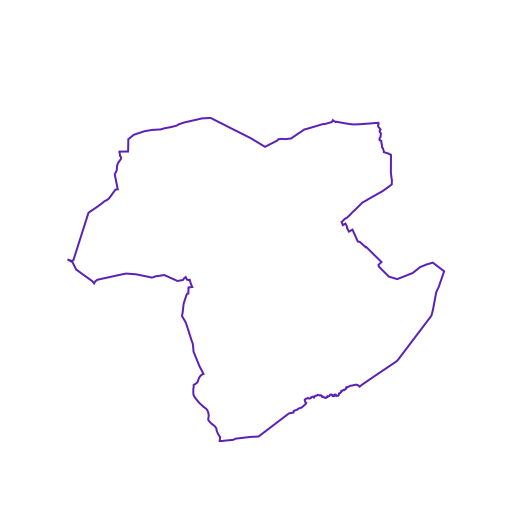 the district of Chavinda, Michoacán, Mexico, rotated 333°
{"feature_id": "50627088B886354204460", "entity_name": "Chavinda", "entity_type": "district", "adm_level": 2, "iso_a3": "MEX", "parent_name": "Mexico", "parent_adm1": "Michoacán", "projection": "mercator", "projection_center": [-102.439, 20.047], "detail": "fine", "context": "isolated", "style": "outline", "palette": "violet", "viewbox_px": 512, "rotation_deg": 333, "n_neighbors": 0, "source": "geoboundaries", "source_scale": "gbopen_adm2", "svg_char_len": 5179}
<svg xmlns="http://www.w3.org/2000/svg" viewBox="0 0 512 512"><g transform="rotate(333 256 256)"><path d="M425.5,192.9L422.5,191.6L419.0,190.2L407.6,185.4L403.1,183.3L400.0,181.4L395.4,178.1L394.0,177.0L391.9,175.4L388.2,172.6L387.8,172.8L386.7,171.2L386.2,169.9L384.2,171.1L383.9,171.0L379.0,170.0L376.7,169.5L376.0,168.9L375.9,168.9L367.4,167.4L362.2,166.4L357.2,165.4L356.7,165.3L356.6,165.2L355.0,165.4L353.8,165.6L351.6,165.8L348.2,166.2L347.4,166.3L345.5,166.6L340.5,167.2L335.0,165.1L332.1,163.3L328.9,162.1L327.4,162.8L313.6,162.8L304.7,148.5L290.9,129.7L278.2,112.3L276.9,111.8L270.4,108.9L264.0,107.3L252.5,104.4L250.5,104.1L247.1,103.6L244.5,103.8L239.0,102.6L232.6,100.7L230.0,100.2L228.1,99.8L221.0,96.6L213.3,94.2L202.2,92.5L195.2,94.0L195.0,94.5L190.2,103.5L189.4,104.8L181.7,101.0L181.5,101.5L181.3,102.2L180.8,103.7L180.5,104.7L180.3,105.0L180.4,105.4L180.6,107.0L179.7,108.2L178.0,109.1L177.8,109.2L177.6,109.3L175.9,110.2L175.4,110.6L174.6,111.2L173.1,112.6L171.8,114.8L170.9,116.3L169.3,117.6L167.2,119.1L163.1,133.8L161.9,133.4L160.8,133.1L157.2,134.9L151.4,137.9L150.4,138.1L148.5,138.5L145.8,138.4L142.4,139.2L138.3,139.9L126.4,141.4L92.6,175.6L92.0,176.2L91.6,176.7L89.6,176.8L86.5,173.5L89.7,178.2L89.6,186.4L98.7,204.1L99.3,206.9L101.3,205.6L102.6,205.4L103.4,205.2L104.5,205.3L130.0,212.0L132.3,212.7L140.4,217.6L140.6,217.8L140.8,217.9L141.5,218.4L141.9,218.7L150.4,225.5L153.2,227.8L155.3,228.4L156.9,228.4L161.6,230.0L163.9,230.7L165.7,231.4L174.7,242.6L179.9,244.2L182.0,243.2L183.8,242.8L183.7,245.6L185.0,246.9L186.1,247.1L185.4,250.8L185.1,254.7L181.6,253.4L178.7,258.7L177.4,258.4L176.0,259.5L169.9,265.6L165.1,272.9L162.8,275.8L162.9,278.5L163.1,280.0L163.2,283.7L162.1,290.9L161.5,294.4L161.1,296.9L160.5,300.3L160.3,301.7L159.8,305.5L159.2,307.3L157.4,311.7L157.0,312.7L156.9,313.1L155.6,328.6L155.7,337.2L153.3,337.2L151.1,338.0L149.0,339.5L147.6,341.0L146.0,342.1L143.9,342.5L142.0,342.5L141.1,344.2L139.8,346.0L138.0,349.5L137.4,351.0L137.2,352.9L137.6,355.9L138.8,361.2L140.9,366.9L141.8,368.6L142.3,369.6L142.6,371.6L142.4,373.9L141.3,377.0L139.9,378.9L139.1,380.1L139.2,381.7L140.2,385.1L141.2,387.1L142.0,389.0L142.3,390.4L142.3,392.1L141.6,393.9L141.4,397.6L141.8,401.1L139.6,404.4L141.8,405.4L147.4,407.5L152.0,409.4L154.4,409.5L154.9,409.5L168.7,414.6L176.3,418.0L213.9,411.2L218.3,412.5L219.3,411.2L223.2,411.6L223.7,411.6L224.2,411.2L226.3,411.5L227.6,411.7L228.3,411.7L233.3,410.3L234.0,409.7L233.6,409.2L233.8,407.2L234.2,406.2L234.9,406.0L235.5,405.8L236.4,406.1L237.2,406.1L237.8,406.0L238.0,406.2L238.4,406.8L238.6,407.2L238.9,407.3L239.3,407.4L240.8,407.4L241.0,407.2L241.1,406.9L242.6,407.0L243.1,407.3L243.2,408.3L243.6,408.5L243.7,408.4L243.9,408.0L244.1,407.8L244.6,407.6L245.1,407.6L246.2,407.6L246.6,408.0L247.1,408.0L248.1,407.8L248.9,408.5L249.3,409.1L250.1,409.6L250.6,409.5L251.2,410.5L251.1,411.0L250.9,411.5L251.0,411.7L252.1,412.0L252.3,412.2L252.6,413.3L253.6,414.1L253.9,414.1L254.4,414.1L254.7,413.8L255.3,414.2L255.6,414.1L256.0,413.4L256.3,413.4L256.9,414.0L257.8,414.1L259.1,413.2L259.9,413.4L260.4,413.8L260.7,414.2L260.4,414.6L260.5,415.1L260.6,415.6L261.1,415.8L261.3,415.9L261.6,416.2L261.8,416.3L262.3,416.1L262.5,415.3L263.6,415.3L264.1,415.8L263.8,416.6L263.9,417.1L264.2,417.2L264.7,417.0L264.8,417.1L265.3,417.6L265.9,417.9L266.6,417.5L267.7,416.1L268.9,416.3L271.1,415.5L270.9,415.1L271.9,415.1L273.6,415.1L273.7,415.5L275.8,415.2L276.8,414.7L276.6,414.2L277.1,413.9L278.1,414.2L279.2,414.5L280.0,414.4L281.0,414.5L281.3,414.5L282.4,414.9L282.6,415.0L283.8,415.3L284.4,415.4L285.3,415.6L287.0,416.2L287.8,417.0L288.6,418.3L289.1,419.5L291.9,418.8L309.2,416.6L333.6,413.6L335.8,412.8L337.4,412.0L384.0,389.4L385.2,388.8L388.7,384.9L393.8,378.4L400.1,370.1L402.4,368.3L404.3,366.9L405.2,366.1L416.7,355.0L410.5,342.2L404.3,341.0L397.2,340.4L387.9,342.3L371.3,340.7L365.9,335.5L365.0,334.7L360.6,321.0L360.9,320.5L360.9,320.4L361.2,319.5L365.1,318.3L361.7,308.4L358.4,298.2L357.8,298.2L354.9,290.5L353.8,289.8L353.3,289.4L353.4,288.2L353.4,287.4L353.4,286.6L353.4,286.4L353.5,285.6L353.7,281.2L353.9,276.3L349.9,276.5L349.8,272.1L350.4,271.6L350.4,271.4L350.4,267.7L347.7,267.9L347.4,267.9L347.7,264.6L347.8,264.6L351.7,263.3L352.2,263.2L352.8,263.2L353.0,263.2L354.1,263.2L354.4,263.2L354.7,263.1L357.7,262.2L357.8,262.2L361.8,260.8L365.4,259.8L368.2,258.9L371.0,258.0L373.5,257.2L374.8,256.7L380.6,256.5L380.7,256.4L380.8,256.4L385.1,256.2L386.8,256.1L392.7,255.9L392.9,255.9L393.0,255.9L394.1,255.8L394.6,255.8L397.5,255.7L397.9,255.7L398.5,255.6L398.8,255.6L405.3,254.6L408.3,254.1L409.5,253.8L411.5,250.1L411.7,249.9L411.8,249.1L412.1,248.2L414.1,242.8L421.6,228.3L422.2,227.2L422.1,226.9L420.7,225.4L420.7,225.0L417.1,221.5L417.3,221.1L418.0,217.7L417.7,217.2L417.8,216.0L418.5,214.7L418.6,214.3L419.0,212.7L419.2,211.8L419.2,211.6L419.9,210.3L419.5,209.8L418.9,209.1L418.8,208.4L419.5,207.3L419.9,207.0L421.1,206.4L421.6,205.5L422.1,204.7L422.4,204.3L423.0,203.3L422.6,201.6L422.7,201.4L422.8,201.0L423.4,200.1L424.4,199.9L424.4,199.7L424.2,198.6L424.2,198.4L423.7,196.5L423.9,195.4L424.1,194.9L425.2,194.1L425.3,193.4L425.5,192.9Z" fill="none" stroke="#5b21b6" stroke-width="2"/></g></svg>